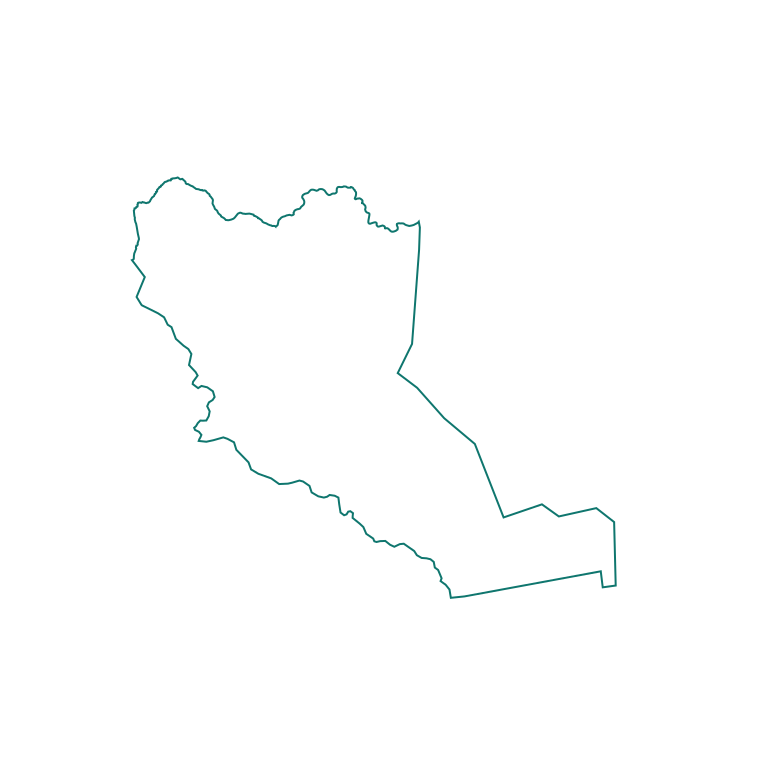 Municipality D, Montevideo, Uruguay (Natural Earth projection), rotated 305°
{"feature_id": "84410073B61220439559316", "entity_name": "Municipality D", "entity_type": "district", "adm_level": 2, "iso_a3": "URY", "parent_name": "Uruguay", "parent_adm1": "Montevideo", "projection": "natural_earth1", "projection_center": [-56.128, -34.798], "detail": "fine", "context": "isolated", "style": "outline", "palette": "teal", "viewbox_px": 768, "rotation_deg": 305, "n_neighbors": 0, "source": "geoboundaries", "source_scale": "gbopen_adm2", "svg_char_len": 6058}
<svg xmlns="http://www.w3.org/2000/svg" viewBox="0 0 768 768"><g transform="rotate(305 384 384)"><path d="M525.0,251.1L525.5,249.5L525.9,249.0L526.1,248.6L526.0,248.2L526.1,247.7L526.7,246.4L526.8,245.8L526.7,244.9L526.6,244.3L526.4,244.0L526.1,244.2L525.7,244.0L524.2,242.0L524.0,241.4L523.9,239.6L522.9,237.9L522.5,237.5L522.1,237.4L521.4,236.8L520.5,235.7L520.0,234.7L519.4,233.8L518.6,233.2L518.0,233.2L517.0,233.3L515.4,234.2L514.7,234.8L513.9,235.2L513.0,235.1L512.0,234.6L511.4,234.0L510.9,233.1L509.9,232.3L508.1,231.5L507.2,230.6L507.0,229.4L507.2,227.8L507.9,225.8L508.4,224.4L508.4,222.8L508.1,221.5L507.3,220.2L506.3,219.2L504.6,218.7L503.6,217.9L502.8,215.1L502.3,214.1L501.4,213.0L500.1,212.5L497.3,212.2L496.6,211.9L494.7,210.3L494.1,209.9L492.3,209.2L491.3,209.3L490.4,209.6L489.7,210.2L489.2,211.8L488.4,213.3L487.9,213.9L487.1,214.5L486.4,214.9L485.0,215.3L483.4,215.0L481.6,214.5L479.7,214.6L479.0,214.2L478.3,213.7L477.6,212.9L476.4,212.1L475.8,211.7L474.4,211.3L473.9,211.5L472.3,211.7L471.4,212.7L470.8,212.7L470.3,212.5L469.3,211.8L469.1,211.6L468.4,209.6L466.2,207.5L464.6,206.6L463.2,205.4L461.6,204.5L460.6,204.3L459.3,204.2L458.4,203.9L457.4,203.9L454.5,205.2L453.1,205.7L452.0,205.5L451.1,204.9L450.8,205.0L450.9,204.4L450.4,203.2L449.3,201.8L449.2,200.6L448.8,199.9L448.6,199.1L448.2,197.3L448.1,195.6L447.3,192.9L447.2,191.5L447.9,190.1L448.0,188.5L447.9,187.1L448.0,186.2L447.7,185.9L447.6,185.7L447.9,185.5L448.0,184.9L447.9,183.5L447.8,183.1L447.7,182.1L447.3,181.4L447.3,180.9L447.5,180.5L447.9,180.1L446.9,177.3L446.3,175.9L443.8,172.9L443.5,172.2L442.6,170.6L442.4,169.9L442.4,169.5L442.0,168.2L441.5,167.6L439.7,166.6L434.8,166.3L433.1,165.9L431.1,164.6L429.4,163.1L428.9,162.6L427.6,160.3L428.0,158.7L428.1,157.5L427.8,154.8L428.0,154.2L428.3,154.0L428.5,153.4L428.7,151.0L428.8,150.5L429.5,149.0L430.0,148.4L430.3,147.5L430.4,145.4L430.5,145.0L431.8,143.2L432.8,141.1L433.5,140.0L436.5,138.4L437.1,137.6L437.9,135.1L438.1,134.6L438.2,133.3L439.1,132.4L439.3,131.6L439.2,130.0L439.4,129.6L439.6,128.3L440.0,127.2L439.9,126.7L439.5,125.7L439.0,125.4L438.5,124.5L438.7,124.0L438.5,123.5L437.9,123.1L437.3,121.3L437.3,120.7L436.0,118.2L436.1,115.8L436.0,115.0L436.2,113.8L435.8,112.9L435.5,110.8L435.4,108.9L434.7,107.8L434.6,106.9L434.9,106.2L435.5,105.7L435.8,105.1L436.0,104.0L436.2,101.8L436.4,101.4L436.3,101.0L435.1,100.1L434.8,99.4L434.9,96.8L434.8,96.5L434.4,96.2L433.7,95.8L432.8,94.9L432.4,94.5L431.3,93.1L430.8,93.0L430.7,92.7L430.4,92.6L430.3,92.3L430.1,92.1L429.7,92.1L429.5,92.5L428.4,92.5L428.2,92.2L428.0,91.7L427.3,90.9L426.5,90.3L426.1,90.4L425.0,89.5L424.5,89.4L423.9,88.7L423.4,88.5L421.6,88.4L420.8,88.1L420.1,88.2L419.6,88.1L418.9,87.6L418.6,87.5L418.0,87.9L417.5,87.8L417.0,87.4L416.9,87.6L416.2,87.2L414.8,87.1L413.0,86.8L412.8,86.8L412.2,87.2L412.0,87.5L411.6,87.6L411.3,87.6L410.6,87.1L410.1,87.6L409.8,87.6L408.8,87.5L408.4,87.3L408.1,87.6L407.6,87.4L406.1,87.8L405.0,87.5L403.6,87.0L403.1,87.1L400.8,87.2L399.4,87.5L397.6,87.1L397.3,86.9L396.9,86.2L396.2,85.9L395.8,85.5L395.4,84.5L395.3,83.7L394.8,82.9L394.7,82.1L394.5,81.7L393.4,81.5L393.2,81.3L392.9,80.4L392.5,79.7L392.0,79.1L391.3,78.6L391.0,78.6L390.4,79.1L389.7,79.1L389.3,79.2L389.1,79.7L388.2,80.1L388.0,80.3L387.6,80.2L387.0,79.6L386.7,79.6L386.1,79.8L385.4,79.6L384.8,78.9L383.3,79.6L382.6,79.6L378.4,83.2L377.2,84.7L376.3,85.1L375.7,85.6L373.8,87.8L373.3,88.8L371.1,91.1L365.8,96.3L363.0,99.4L362.1,100.2L358.3,101.3L357.8,101.5L357.4,102.1L356.7,102.3L356.0,102.4L355.4,102.3L355.2,101.8L354.5,102.0L353.5,102.5L352.7,103.4L348.9,104.3L347.8,104.5L345.4,105.7L343.4,107.0L342.7,107.3L341.7,107.0L340.9,106.5L339.1,112.3L334.4,126.7L313.4,131.4L309.8,139.7L309.6,140.6L312.3,158.3L312.5,165.6L308.5,172.8L308.7,177.3L301.6,187.6L300.4,197.9L300.4,203.7L298.1,209.0L287.7,213.4L285.7,222.9L284.0,226.5L276.3,226.3L274.2,227.3L274.0,234.1L277.7,235.6L279.9,241.1L279.9,248.0L276.2,252.7L272.6,252.8L268.5,251.1L264.4,251.9L261.6,256.9L257.1,258.9L252.2,259.4L250.0,256.6L248.7,254.5L245.1,253.9L241.7,254.2L239.2,253.6L238.0,255.6L238.7,259.8L237.6,263.6L235.0,264.2L232.8,264.4L231.1,264.9L234.8,271.6L240.1,276.5L248.1,283.0L249.3,287.2L250.2,294.6L245.4,300.8L242.1,318.0L237.8,324.1L238.4,332.6L242.0,345.8L241.9,355.5L247.3,362.5L250.4,365.3L256.4,370.1L257.7,373.6L257.8,381.4L253.7,386.9L254.3,394.6L256.5,399.9L259.1,402.1L261.9,403.1L264.2,407.7L264.8,411.8L259.8,416.3L253.8,422.1L253.6,426.6L255.7,428.1L258.9,427.9L260.5,429.4L260.4,432.7L258.0,434.0L256.3,435.1L255.7,443.9L255.0,449.1L251.1,455.4L251.2,463.8L249.6,466.3L250.3,468.5L253.0,470.9L256.2,475.1L255.8,481.2L256.6,485.8L261.9,488.8L264.5,491.8L264.5,504.6L262.6,509.1L263.1,514.6L265.6,518.8L267.1,522.6L266.8,526.8L262.8,530.9L262.7,535.0L257.9,542.6L255.0,543.4L254.9,549.7L253.2,555.5L247.2,561.4L256.1,571.7L354.9,669.0L342.9,679.8L351.8,689.4L402.9,651.7L404.1,629.1L375.8,603.2L376.0,582.4L343.3,558.5L387.0,492.8L390.5,452.9L399.9,413.3L400.8,389.0L432.9,384.0L514.0,335.8L532.8,323.6L536.9,319.4L535.7,319.3L535.0,319.0L531.3,317.1L529.6,315.7L527.9,314.0L526.9,311.1L526.7,310.0L526.7,308.1L526.3,307.2L525.7,306.3L524.9,305.3L524.3,304.1L523.6,303.4L522.6,302.8L521.7,303.2L521.0,304.0L520.5,305.0L519.8,305.7L519.0,306.2L518.3,306.5L516.2,305.8L514.4,304.5L513.6,303.6L513.1,302.6L513.1,301.5L513.6,298.8L513.6,297.6L513.1,296.7L512.3,296.0L512.1,295.5L513.3,294.4L513.4,293.7L513.3,292.9L513.0,291.9L510.1,289.6L509.5,288.8L509.5,288.1L509.8,287.0L510.3,286.5L511.0,286.2L511.6,285.6L511.7,284.8L511.4,284.0L510.8,283.4L509.9,282.6L507.3,280.7L506.9,279.9L507.0,279.1L507.6,278.3L509.1,277.4L513.7,275.3L514.6,274.8L515.2,274.2L515.2,273.3L514.7,271.7L514.7,271.1L515.1,269.7L516.3,268.3L517.7,267.9L518.3,267.4L519.1,266.6L519.4,265.8L519.7,263.9L520.0,263.1L519.8,262.5L519.6,262.2L520.0,261.9L521.1,261.7L521.6,261.5L522.0,260.9L522.2,260.2L522.3,258.6L522.2,258.0L521.9,257.2L521.4,256.8L520.5,255.7L519.4,255.1L519.0,254.6L519.0,254.1L519.3,253.6L521.9,253.0L523.6,252.2L525.0,251.1Z" fill="none" stroke="#0f766e" stroke-width="2"/></g></svg>